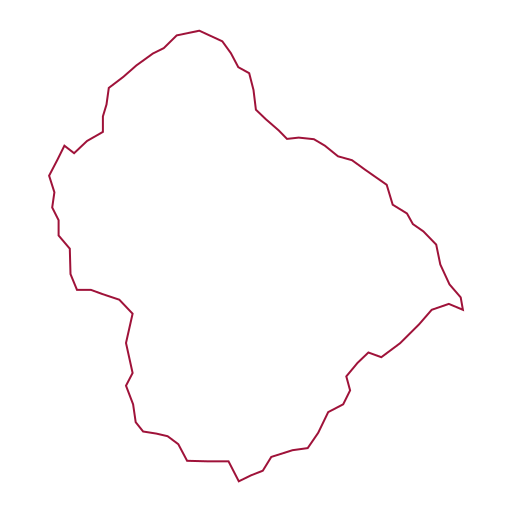 Torre de Pedra, São Paulo, Brazil (Mercator projection)
{"feature_id": "56859067B31349975422395", "entity_name": "Torre de Pedra", "entity_type": "district", "adm_level": 2, "iso_a3": "BRA", "parent_name": "Brazil", "parent_adm1": "São Paulo", "projection": "mercator", "projection_center": [-48.213, -23.25], "detail": "fine", "context": "isolated", "style": "outline", "palette": "rose", "viewbox_px": 512, "rotation_deg": 0, "n_neighbors": 0, "source": "geoboundaries", "source_scale": "gbopen_adm2", "svg_char_len": 1086}
<svg xmlns="http://www.w3.org/2000/svg" viewBox="0 0 512 512"><path d="M126.0,385.7L133.1,404.3L135.7,422.2L143.1,431.5L156.4,433.6L167.6,436.2L178.3,444.2L187.1,460.8L206.6,461.3L228.5,461.3L238.8,481.3L251.1,475.3L262.8,470.7L271.3,456.9L292.5,450.2L307.7,448.1L318.2,432.8L328.2,412.1L343.2,404.3L350.1,390.4L346.3,376.4L357.5,362.9L368.4,352.5L381.3,357.2L400.1,343.2L419.1,324.3L431.7,309.8L448.8,303.9L462.9,309.8L460.7,297.4L449.5,284.4L440.3,264.5L436.2,244.6L423.4,231.4L412.9,224.1L407.0,213.5L392.7,204.7L386.7,184.8L364.8,169.5L352.0,160.2L338.0,156.3L324.9,145.7L313.9,139.2L298.7,137.6L287.0,138.9L278.7,130.4L265.9,119.3L255.9,109.7L253.5,90.0L249.2,73.2L238.3,67.2L230.9,53.2L222.3,41.3L199.3,30.7L176.7,35.4L163.8,48.1L152.9,53.5L136.4,65.4L123.4,76.8L108.8,87.9L106.5,104.5L102.9,116.4L102.9,131.9L87.0,141.0L74.1,153.2L64.4,145.7L57.5,159.6L49.1,175.7L54.4,192.3L52.2,207.5L58.6,220.2L58.6,235.5L69.8,248.7L70.5,274.1L77.0,289.9L91.0,289.9L102.2,294.0L119.3,299.7L132.6,313.7L126.0,343.0L132.6,373.0L126.0,385.7Z" fill="none" stroke="#9f1239" stroke-width="2"/></svg>